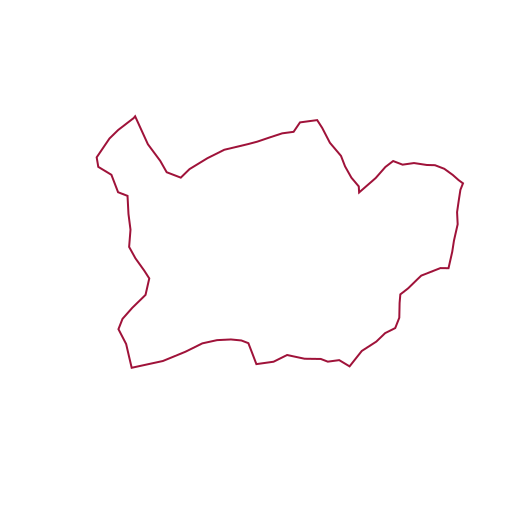 Kophung, Chagang-do, North Korea, rotated 201°
{"feature_id": "82179303B51910076802628", "entity_name": "Kophung", "entity_type": "district", "adm_level": 2, "iso_a3": "PRK", "parent_name": "North Korea", "parent_adm1": "Chagang-do", "projection": "mercator", "projection_center": [125.859, 40.575], "detail": "fine", "context": "isolated", "style": "outline", "palette": "rose", "viewbox_px": 512, "rotation_deg": 201, "n_neighbors": 0, "source": "geoboundaries", "source_scale": "gbopen_adm2", "svg_char_len": 1234}
<svg xmlns="http://www.w3.org/2000/svg" viewBox="0 0 512 512"><g transform="rotate(201 256 256)"><path d="M129.1,186.5L123.2,205.3L113.0,219.2L107.8,230.3L100.2,238.6L100.1,249.7L105.1,263.6L107.5,271.9L102.4,280.3L97.3,291.4L94.7,296.9L79.5,310.8L71.9,313.6L74.3,330.2L76.7,341.3L79.1,357.9L84.0,369.0L86.5,380.0L88.9,391.1L88.8,398.0L93.9,399.4L101.4,402.2L111.5,404.9L121.5,404.9L129.1,402.2L141.8,399.4L151.9,393.8L162.0,393.8L167.1,385.5L172.2,371.7L182.5,352.3L185.0,357.8L195.0,363.3L205.0,371.6L212.5,379.9L227.6,388.2L240.1,399.3L247.6,404.8L262.8,396.5L265.4,385.4L275.5,379.9L285.7,371.6L295.8,363.2L303.4,357.7L323.7,343.8L336.4,329.9L349.2,313.3L354.3,302.2L369.4,302.2L379.5,310.5L397.0,321.6L418.9,343.1L419.6,341.0L429.8,324.3L434.9,313.2L440.1,291.0L436.6,285.1L435.2,282.7L420.1,280.0L407.6,266.1L397.5,266.1L390.1,249.5L382.6,235.6L377.7,219.0L367.7,210.6L355.1,202.3L347.6,196.8L345.2,180.1L352.9,163.4L358.1,149.5L358.2,138.4L345.7,127.3L338.2,116.2L332.0,107.1L305.3,124.6L287.6,141.3L274.8,155.2L262.2,163.5L249.5,169.1L239.4,171.9L231.9,171.9L224.4,163.6L216.9,155.2L201.7,163.6L191.5,174.7L173.8,177.5L158.6,183.1L151.1,183.1L141.0,188.6L129.1,186.5Z" fill="none" stroke="#9f1239" stroke-width="2"/></g></svg>